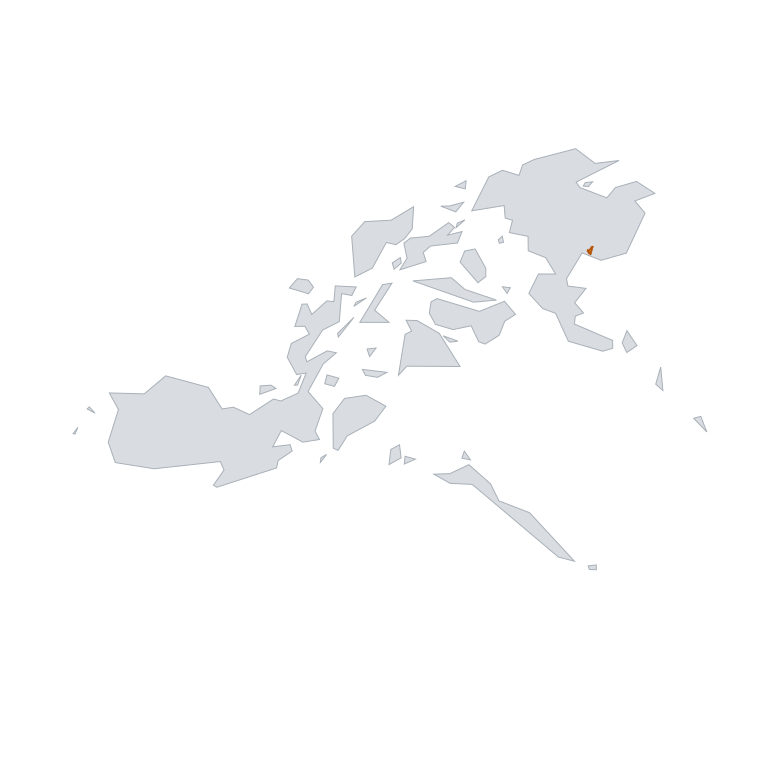 Cotabato City, Cotabato, Philippines shown in context, rotated 263°
{"feature_id": "2640588B312406433782", "entity_name": "Cotabato City", "entity_type": "district", "adm_level": 2, "iso_a3": "PHL", "parent_name": "Philippines", "parent_adm1": "Cotabato", "projection": "orthographic", "projection_center": [124.192, 7.204], "detail": "fine", "context": "in_parent", "style": "filled", "palette": "amber", "viewbox_px": 768, "rotation_deg": 263, "n_neighbors": 0, "source": "geoboundaries", "source_scale": "gbopen_adm2", "svg_char_len": 5409}
<svg xmlns="http://www.w3.org/2000/svg" viewBox="0 0 768 768"><g transform="rotate(263 384 384)"><path d="M359.9,103.2L390.9,117.3L408.6,110.3L403.4,144.8L418.7,168.3L402.0,209.3L379.0,220.2L379.3,231.7L370.0,246.8L382.6,272.6L379.7,279.4L385.4,297.6L404.4,308.1L404.0,298.5L422.3,291.2L435.5,296.9L442.6,316.1L451.0,312.4L452.0,302.5L473.2,312.4L472.8,317.4L461.8,320.8L473.4,337.3L471.9,344.3L487.3,347.6L483.7,368.2L475.8,362.8L478.9,352.9L451.4,347.2L445.1,329.7L420.8,309.2L415.4,310.1L423.8,331.7L420.8,340.5L411.3,326.1L385.8,307.7L367.0,320.3L345.6,309.8L336.8,313.2L336.2,296.4L350.3,276.4L335.2,265.9L335.2,283.4L328.7,284.7L321.0,269.7L313.8,267.1L301.9,205.5L304.4,202.4L318.1,214.7L327.0,212.1L327.9,145.4L338.8,107.7L359.9,103.2ZM545.2,492.2L576.8,513.3L581.7,527.6L574.6,543.4L584.5,548.3L588.6,560.7L594.2,602.9L577.2,620.5L577.2,644.5L561.0,599.3L555.1,602.4L541.6,627.8L550.8,637.7L554.3,659.3L540.2,676.1L535.1,655.3L521.8,663.9L484.4,640.5L480.3,614.5L490.0,596.6L466.3,578.0L458.8,578.4L454.3,596.1L441.4,583.1L430.2,590.7L428.0,582.1L420.3,580.3L399.4,616.2L391.6,615.4L389.9,605.1L404.0,572.2L433.3,562.9L439.5,550.7L456.3,538.8L474.4,550.8L472.2,567.8L489.7,559.8L498.7,543.4L513.0,545.0L519.0,526.9L530.9,531.5L533.9,524.5L546.5,525.0L545.2,492.2ZM451.4,513.6L437.1,523.0L431.6,511.5L418.3,504.2L411.3,489.2L414.5,483.1L431.2,477.6L429.6,459.2L436.9,442.3L448.8,437.6L459.8,440.7L462.3,447.0L444.5,487.5L451.4,513.6ZM534.6,369.9L547.5,384.7L545.7,411.0L556.4,435.0L534.6,430.9L525.9,422.3L520.8,412.7L524.2,403.6L500.4,386.5L493.8,368.1L534.6,369.9ZM390.9,399.4L430.7,411.0L433.2,417.8L444.6,413.7L442.9,424.6L427.6,445.0L392.1,461.6L398.9,408.8L390.9,399.4ZM238.5,512.8L184.9,551.4L190.9,536.1L273.6,459.3L277.4,437.4L288.4,422.5L287.0,438.4L293.6,458.4L271.9,477.6L254.0,483.8L238.5,512.8ZM326.5,325.8L360.8,329.7L374.5,343.1L375.0,364.8L361.7,383.2L348.3,370.2L337.0,341.2L323.7,330.3L326.5,325.8ZM506.0,422.2L521.4,420.9L525.6,428.0L525.1,446.8L536.3,467.9L530.8,473.1L524.0,465.2L525.8,480.0L515.0,474.1L515.3,447.0L509.8,439.0L500.4,440.7L495.4,413.7L506.0,422.2ZM453.6,505.8L454.3,482.9L482.8,425.3L481.3,463.8L468.0,475.8L453.6,505.8ZM506.9,490.9L486.4,499.2L478.2,498.1L473.1,489.6L495.7,474.4L506.2,480.3L506.9,490.9ZM448.1,367.5L482.8,394.7L483.1,404.2L458.4,383.7L444.6,396.5L448.1,367.5ZM496.4,321.4L488.7,325.8L482.8,320.0L490.8,301.8L499.1,310.9L496.4,321.4ZM407.3,631.6L391.3,639.8L385.7,628.8L395.7,625.4L407.3,631.6ZM303.4,379.1L318.2,382.8L321.8,392.0L308.6,392.0L303.4,379.1ZM391.5,325.2L400.0,328.6L395.2,339.9L387.7,334.5L391.5,325.2ZM350.7,653.7L367.1,660.7L343.6,660.0L350.7,653.7ZM554.7,485.2L546.1,476.2L553.6,462.0L552.7,470.6L554.7,485.2ZM401.1,364.3L395.2,388.4L391.4,378.4L394.9,366.6L401.1,364.3ZM312.2,687.2L313.3,694.4L297.0,698.6L312.2,687.2ZM397.2,260.9L396.6,271.7L392.7,276.2L388.9,259.4L397.2,260.9ZM424.6,448.7L417.5,462.6L417.5,454.5L424.6,448.7ZM309.7,396.1L305.6,406.0L302.1,394.4L309.7,396.1ZM507.5,415.6L502.0,415.9L496.7,408.0L503.2,407.0L507.5,415.6ZM420.8,371.5L420.7,380.5L413.0,373.0L420.8,371.5ZM575.7,490.2L567.8,488.5L571.4,478.7L575.7,490.2ZM439.9,344.1L453.8,362.3L436.2,344.4L439.9,344.1ZM307.6,455.5L298.2,460.5L300.9,452.3L307.6,455.5ZM466.0,513.4L464.2,521.1L458.9,517.2L466.0,513.4ZM468.5,366.3L471.6,377.1L464.8,363.5L468.5,366.3ZM178.5,572.7L173.8,572.1L174.9,565.2L178.6,564.5L178.5,572.7ZM516.3,519.4L510.1,519.9L509.6,515.7L513.2,515.0L516.3,519.4ZM559.3,615.7L554.9,610.8L556.2,605.9L559.3,608.3L559.3,615.7ZM318.5,312.4L321.1,318.4L313.9,311.3L318.5,312.4ZM534.7,476.4L537.1,484.4L530.4,474.6L534.7,476.4ZM397.2,88.7L390.3,93.6L395.4,86.3L397.2,88.7ZM402.9,302.9L393.5,298.1L393.7,294.9L402.9,302.9ZM372.6,69.4L378.3,74.9L371.9,71.2L372.6,69.4Z" fill="#d9dde1" stroke="#a8b0b8" stroke-width="1"/><path d="M488.6,605.4L488.8,605.5L489.0,605.6L489.3,605.7L489.5,605.7L489.8,605.6L490.0,605.6L490.3,605.5L490.5,605.7L490.5,605.8L490.6,606.0L490.8,606.2L490.8,606.3L491.1,606.5L491.3,606.6L491.6,606.5L491.8,606.5L491.9,606.8L492.1,606.8L492.2,606.7L492.3,606.6L492.5,606.5L492.8,606.5L493.0,606.9L493.0,607.0L493.3,607.2L493.5,607.0L493.7,607.3L493.8,607.3L494.0,607.4L494.1,607.6L494.3,607.7L494.6,608.0L494.8,608.1L494.9,607.9L494.9,607.6L494.6,607.5L494.5,607.4L494.4,607.3L494.3,607.2L494.4,606.9L494.2,606.8L494.2,606.7L494.3,606.6L494.1,606.6L493.9,606.5L493.9,606.4L493.8,606.2L493.7,606.3L493.7,606.2L493.4,605.9L493.2,605.7L492.9,605.5L492.8,605.3L492.7,605.4L492.7,605.5L492.7,605.4L492.7,605.2L492.4,605.1L492.3,604.9L492.2,604.8L492.2,604.7L492.3,604.6L492.5,604.6L492.4,604.4L492.5,604.3L492.5,604.2L492.4,604.2L492.2,604.1L491.9,604.1L491.7,604.1L491.3,603.9L491.3,603.7L491.4,603.4L491.5,603.2L491.6,602.9L491.7,602.7L491.8,602.6L491.7,602.6L491.5,602.4L491.4,602.2L491.2,602.1L490.8,602.3L490.6,602.4L490.5,602.5L490.4,602.6L490.3,602.8L490.2,602.8L490.0,603.0L489.9,603.1L489.7,603.0L489.4,603.0L489.3,603.3L489.6,603.4L489.7,603.5L489.5,603.4L489.5,603.5L489.4,603.4L489.2,603.4L489.2,603.5L489.1,603.8L488.9,603.9L488.9,604.0L488.9,603.9L488.9,604.0L489.0,604.1L488.9,604.2L488.7,604.1L488.6,604.3L488.5,604.2L488.5,604.3L488.4,604.3L488.4,604.5L488.5,604.6L488.4,604.9L488.5,604.9L488.4,604.9L488.4,604.7L488.4,604.8L488.2,604.8L488.3,604.9L488.2,604.9L488.2,605.0L487.9,605.1L488.0,605.2L488.1,605.3L488.3,605.3L488.5,605.3L488.6,605.4Z" fill="#f59e0b" stroke="#b45309" stroke-width="1.5"/></g></svg>